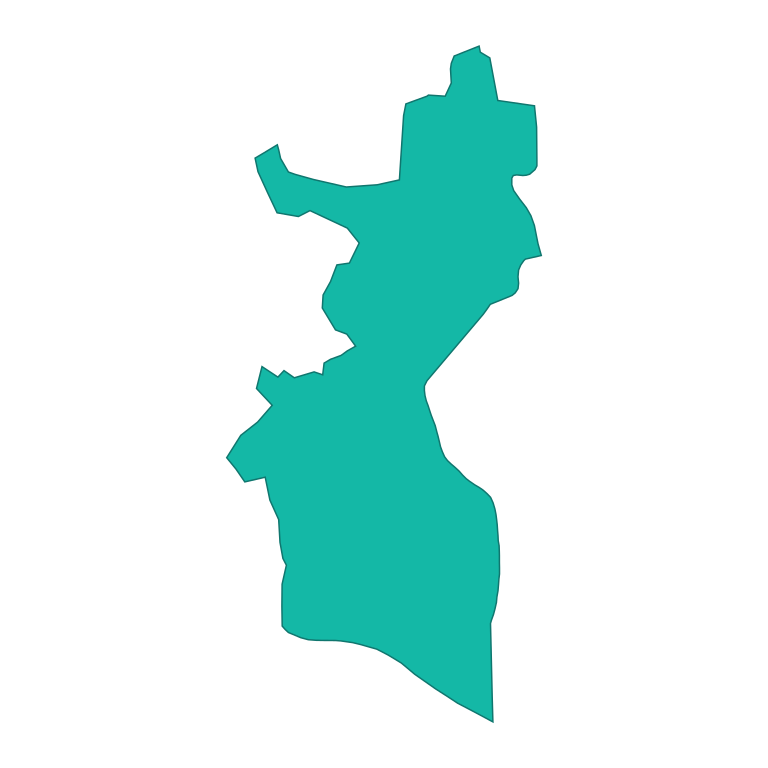 Adh Dhahir, Sa`dah, Yemen (Albers equal-area conic projection)
{"feature_id": "15242507B71517716844752", "entity_name": "Adh Dhahir", "entity_type": "district", "adm_level": 2, "iso_a3": "YEM", "parent_name": "Yemen", "parent_adm1": "Sa`dah", "projection": "albers", "projection_center": [43.291, 16.739], "detail": "fine", "context": "isolated", "style": "filled", "palette": "teal", "viewbox_px": 768, "rotation_deg": 0, "n_neighbors": 0, "source": "geoboundaries", "source_scale": "gbopen_adm2", "svg_char_len": 2426}
<svg xmlns="http://www.w3.org/2000/svg" viewBox="0 0 768 768"><path d="M492.9,721.9L492.2,697.0L490.5,623.4L491.5,620.0L493.5,614.4L495.0,608.8L496.2,603.4L496.4,602.7L496.7,599.4L496.9,597.0L498.0,590.7L498.5,584.7L498.9,579.1L499.5,574.0L499.5,568.7L499.5,567.8L499.4,562.2L499.4,557.5L499.4,556.7L499.4,555.4L499.3,551.0L499.1,545.7L498.2,540.6L498.2,540.3L498.0,535.6L497.6,530.8L497.2,524.7L496.6,519.4L496.0,514.6L494.9,509.0L493.1,502.9L492.2,500.9L490.6,497.4L487.3,493.9L483.3,490.3L481.8,489.2L479.1,487.4L474.5,484.7L470.5,481.9L470.1,481.7L466.2,478.7L462.6,475.1L459.1,471.1L455.4,467.7L451.2,464.1L447.5,460.6L444.6,456.8L442.3,451.6L440.5,446.7L439.3,441.5L438.0,436.1L436.7,431.5L436.7,431.4L435.2,425.6L433.3,420.7L431.2,415.2L429.6,410.4L428.1,405.7L426.3,400.9L425.0,395.6L424.4,390.5L424.4,389.2L424.4,386.8L424.4,386.2L424.6,385.5L427.0,380.7L483.3,314.2L487.0,309.1L489.0,306.2L490.3,304.3L512.1,295.4L515.2,292.9L518.0,288.7L518.6,283.2L518.0,276.8L518.6,270.0L520.8,264.9L523.9,260.5L525.4,259.1L541.3,255.5L538.0,243.7L536.4,235.7L534.4,225.5L530.9,215.7L526.3,207.7L519.8,199.3L513.7,190.6L511.8,184.9L511.8,178.1L513.3,175.5L516.7,174.9L522.9,175.5L526.3,175.2L529.7,174.2L535.0,169.6L536.9,165.9L536.9,161.3L536.9,160.1L536.9,159.9L536.6,127.1L534.5,106.1L534.5,105.8L497.8,100.5L489.8,57.9L480.3,52.2L479.1,46.1L454.2,56.0L451.3,63.3L450.5,68.9L451.3,83.0L445.2,96.2L428.4,95.1L427.0,96.2L405.9,103.9L403.6,115.6L399.4,179.9L377.1,184.8L346.3,187.0L322.7,181.6L313.5,179.5L295.2,174.4L288.4,172.0L280.6,158.5L278.7,149.9L277.3,144.8L261.7,154.2L260.9,154.7L260.2,155.1L255.1,158.1L258.0,171.7L267.6,192.7L277.1,212.8L298.4,216.5L310.0,210.6L347.3,228.1L359.2,243.0L349.4,263.1L336.9,264.9L330.5,281.6L323.1,295.0L322.3,308.0L335.5,329.9L346.8,334.1L352.6,342.0L355.6,346.2L347.4,350.8L341.1,355.4L330.5,359.3L324.1,363.1L322.7,374.8L314.1,371.9L294.3,377.8L284.0,370.6L277.9,377.1L262.0,366.6L256.5,388.5L272.2,405.3L257.6,422.1L240.8,435.3L226.7,457.7L236.0,469.1L244.8,481.9L265.2,477.2L269.9,500.1L278.7,519.6L280.0,542.4L282.9,558.4L286.4,565.2L282.1,584.2L281.9,606.2L282.2,626.1L285.2,629.5L288.4,632.5L300.8,637.7L308.3,639.7L316.4,640.3L318.3,640.3L321.0,640.4L335.5,640.5L340.7,640.9L352.6,642.6L360.9,644.6L369.2,647.0L376.7,649.1L387.9,654.9L401.3,663.0L414.9,674.4L435.6,688.9L445.6,695.3L457.8,703.3L471.6,710.5L492.9,721.9Z" fill="#14b8a6" stroke="#0f766e" stroke-width="1.5"/></svg>